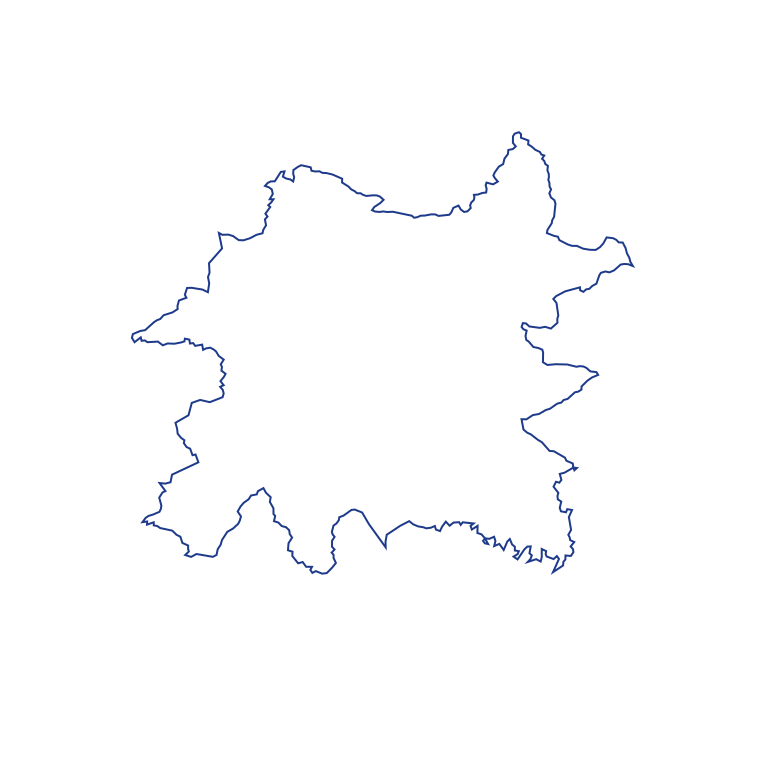 the district of Palmeira das Missões, Rio Grande do Sul, Brazil, rotated 70°
{"feature_id": "56859067B60878919931916", "entity_name": "Palmeira das Missões", "entity_type": "district", "adm_level": 2, "iso_a3": "BRA", "parent_name": "Brazil", "parent_adm1": "Rio Grande do Sul", "projection": "natural_earth1", "projection_center": [-53.372, -27.944], "detail": "fine", "context": "isolated", "style": "outline", "palette": "blue", "viewbox_px": 768, "rotation_deg": 70, "n_neighbors": 0, "source": "geoboundaries", "source_scale": "gbopen_adm2", "svg_char_len": 6167}
<svg xmlns="http://www.w3.org/2000/svg" viewBox="0 0 768 768"><g transform="rotate(70 384 384)"><path d="M358.3,109.8L353.4,110.7L349.4,110.3L344.4,111.0L338.8,110.5L332.7,111.3L331.2,115.0L328.0,116.4L325.3,118.9L322.4,124.7L327.0,129.9L329.3,134.3L330.4,139.2L328.3,144.6L325.0,150.5L320.1,155.6L318.6,159.9L315.8,163.5L308.8,170.0L305.1,170.2L303.0,173.5L297.9,179.3L295.1,177.7L290.3,171.4L287.6,169.9L285.1,167.0L273.2,161.2L269.6,161.0L265.8,163.3L261.3,163.4L258.2,160.4L255.2,160.9L251.2,159.7L248.4,159.8L246.0,158.3L242.8,157.3L239.2,157.4L235.1,155.4L232.4,157.2L229.3,157.1L226.4,158.4L224.1,155.3L222.2,157.6L219.2,158.2L215.7,161.7L211.3,164.1L208.2,166.6L204.6,165.0L199.5,171.0L196.0,169.8L193.5,171.1L193.5,175.7L195.4,178.1L201.5,180.4L205.8,178.9L207.3,182.6L206.6,187.1L210.4,189.0L213.4,193.7L218.1,196.8L219.0,201.7L223.0,207.5L225.5,209.9L228.5,209.4L232.7,207.8L233.7,213.2L229.8,218.8L232.0,220.5L235.7,220.8L239.0,222.5L238.1,226.3L238.1,230.9L237.0,234.8L239.6,235.2L241.9,236.8L243.3,239.9L245.6,242.0L248.3,242.3L250.3,246.5L249.7,249.9L246.4,252.1L241.8,253.0L242.2,258.6L245.8,262.1L247.3,264.7L244.7,275.3L242.2,277.8L240.8,281.4L239.6,288.4L238.4,291.8L238.6,295.7L238.1,298.8L235.4,300.3L225.2,316.7L223.5,322.1L221.5,325.9L220.9,329.1L218.9,333.4L216.6,335.8L214.4,332.7L212.7,325.7L210.8,321.4L206.5,323.7L204.3,326.3L203.0,329.6L201.2,336.4L199.0,339.1L196.8,340.7L195.5,344.1L192.8,345.6L189.8,348.3L186.2,349.9L180.3,354.5L176.8,353.1L169.5,360.8L166.1,365.9L164.5,369.7L162.0,372.0L160.8,375.9L158.8,379.2L155.3,378.8L150.1,387.0L150.5,390.7L152.0,396.0L155.7,397.5L159.0,397.7L162.6,400.1L159.8,402.0L157.5,405.6L154.6,408.1L150.2,404.8L149.4,408.4L156.2,417.3L154.9,421.1L155.3,424.6L157.2,428.1L159.8,424.9L162.8,422.9L167.4,423.5L171.3,428.2L172.6,424.7L174.8,427.9L176.4,431.6L178.8,430.4L183.4,437.2L186.8,436.2L188.6,439.6L194.6,440.6L197.8,444.7L200.8,446.6L200.2,452.9L201.2,459.9L200.9,466.9L199.1,471.3L193.4,475.2L190.4,479.1L188.5,484.9L185.6,487.5L201.2,489.8L210.6,507.1L219.8,509.9L223.3,512.8L229.6,513.8L237.5,518.1L233.2,522.2L227.8,531.9L226.4,536.2L232.0,540.6L235.4,540.2L235.4,548.1L239.9,551.3L243.0,552.3L244.4,558.4L244.0,567.6L246.4,572.1L246.4,575.5L247.2,578.9L251.7,590.1L250.8,594.9L251.2,602.9L254.4,605.1L259.4,604.1L257.0,596.6L260.5,597.0L261.2,593.9L263.8,592.0L266.8,582.0L272.0,578.6L271.9,573.5L274.5,567.1L275.6,560.1L275.7,557.0L273.3,555.6L275.7,551.7L279.6,552.5L280.3,549.3L283.6,548.4L284.8,541.4L290.0,542.3L289.7,538.9L290.4,534.9L293.5,532.1L296.0,530.7L301.1,529.7L306.3,526.3L309.7,530.7L312.5,530.4L315.9,532.2L320.2,529.4L322.4,531.8L325.4,536.7L330.3,535.1L330.6,538.9L334.4,537.5L338.1,537.9L341.2,540.2L341.5,553.9L336.1,562.2L336.0,571.1L346.5,578.4L349.1,593.2L355.2,593.7L360.1,594.9L365.2,593.1L368.6,590.8L371.1,592.3L375.7,591.1L378.5,588.3L385.4,588.3L385.8,585.2L394.1,585.2L396.7,614.2L403.3,618.2L402.8,623.6L400.3,628.8L409.8,626.0L410.2,629.3L413.9,634.1L422.1,634.8L424.9,636.3L427.3,638.7L427.7,646.0L427.4,650.4L428.3,653.8L431.2,658.2L432.2,653.6L435.1,654.8L435.2,647.7L438.1,648.7L439.9,645.7L442.8,643.6L449.4,633.1L454.8,630.5L457.8,627.6L464.4,627.8L468.8,623.3L472.0,624.5L474.7,624.7L476.7,629.3L480.5,624.4L479.6,618.4L487.9,603.9L487.3,599.8L482.4,596.8L479.2,592.5L475.2,589.6L469.3,581.8L468.2,575.3L465.5,568.8L462.9,566.1L459.5,563.7L453.8,565.1L450.1,560.8L447.7,556.6L446.0,550.6L443.3,547.1L444.2,541.3L441.6,539.2L440.6,532.9L445.8,532.1L451.6,529.2L455.8,531.6L463.0,530.4L468.3,532.3L470.8,531.4L475.3,534.3L478.0,530.7L482.5,528.7L485.1,525.0L489.0,523.1L492.7,523.9L496.9,522.9L501.0,528.2L507.4,531.1L510.3,527.3L514.2,529.0L523.1,526.0L523.5,521.3L529.1,519.7L531.2,514.2L533.5,516.8L537.0,515.9L536.5,512.1L541.1,506.9L542.1,502.4L538.8,495.5L535.7,490.4L530.1,490.9L527.3,489.8L524.6,490.9L522.6,487.1L519.1,488.5L513.5,486.4L510.7,482.7L508.0,483.7L505.2,483.6L499.8,479.9L498.8,476.4L496.5,473.0L493.9,471.6L493.8,466.9L491.2,457.6L492.0,454.4L497.3,448.5L510.5,446.1L538.1,438.3L532.7,436.5L526.6,433.0L522.8,417.3L521.5,407.2L525.8,404.6L529.5,400.6L532.1,396.0L534.1,393.6L535.1,389.0L534.8,384.8L538.5,385.0L541.4,381.7L538.0,378.3L534.5,373.0L539.6,370.8L538.0,366.1L539.6,360.6L542.6,360.1L540.9,357.3L545.7,347.5L546.9,351.2L550.8,351.2L549.3,344.6L556.0,347.2L558.6,343.8L563.6,341.9L565.5,338.0L565.2,332.8L569.7,333.0L574.0,335.9L573.7,330.3L580.9,328.3L574.2,322.0L572.7,318.8L578.7,318.5L581.6,316.7L585.2,318.0L587.2,314.5L589.6,316.7L590.5,321.3L594.5,318.5L587.4,308.6L585.8,304.9L586.8,301.7L592.8,305.2L595.6,303.7L598.6,306.3L600.4,309.8L600.7,300.9L604.4,297.5L600.7,295.0L593.0,292.2L596.5,288.8L599.2,290.3L601.8,290.1L606.5,284.5L604.8,280.4L608.2,279.4L618.6,289.5L615.8,277.8L612.4,276.2L611.0,273.6L607.2,272.1L609.5,267.2L606.8,263.5L603.7,262.9L600.5,264.2L597.6,259.3L594.4,262.4L591.5,262.0L588.8,262.4L585.1,258.1L572.3,255.8L566.7,250.4L564.3,254.6L566.8,256.9L564.1,261.3L560.5,261.2L555.1,257.7L551.9,260.1L548.5,259.3L546.0,257.4L538.5,259.8L534.7,255.8L536.7,253.0L534.8,250.1L528.6,249.6L529.1,244.8L527.3,234.6L523.2,233.8L518.6,238.8L515.0,239.2L505.3,247.4L503.5,251.3L492.6,255.6L489.1,258.5L481.6,263.2L478.7,266.1L474.5,268.5L464.1,266.8L465.9,262.3L464.1,254.7L465.2,248.7L463.8,240.9L464.0,236.5L461.7,228.0L462.1,223.7L460.5,220.7L460.8,216.5L457.1,207.5L457.6,204.1L456.8,200.4L453.9,199.2L450.5,191.9L449.0,186.3L448.7,179.7L445.5,180.3L442.7,185.8L438.1,188.3L435.7,190.7L434.2,193.9L433.6,197.3L428.4,205.0L424.1,216.0L422.0,223.9L417.9,227.2L408.8,223.7L405.9,223.5L403.0,226.6L400.3,231.0L393.6,233.5L391.3,235.2L387.3,234.6L382.6,231.7L380.2,234.3L377.5,235.2L374.3,232.7L375.7,229.8L379.6,227.8L384.5,218.5L385.4,213.0L389.0,208.2L385.8,200.1L382.1,198.9L379.3,196.8L366.8,194.2L362.0,195.8L360.3,192.2L358.9,182.0L360.2,166.8L363.0,167.6L365.6,165.1L364.2,161.7L364.8,158.6L363.1,154.8L362.4,150.1L355.5,144.5L353.7,142.2L354.0,137.4L356.2,134.0L355.9,128.9L352.7,120.7L353.4,117.1L355.0,113.5L358.3,109.8ZM563.6,341.9L565.3,344.6L568.2,343.7L570.0,340.9L563.6,341.9ZM527.3,234.6L530.2,234.6L528.9,231.5L527.3,234.6Z" fill="none" stroke="#1e3a8a" stroke-width="2"/></g></svg>